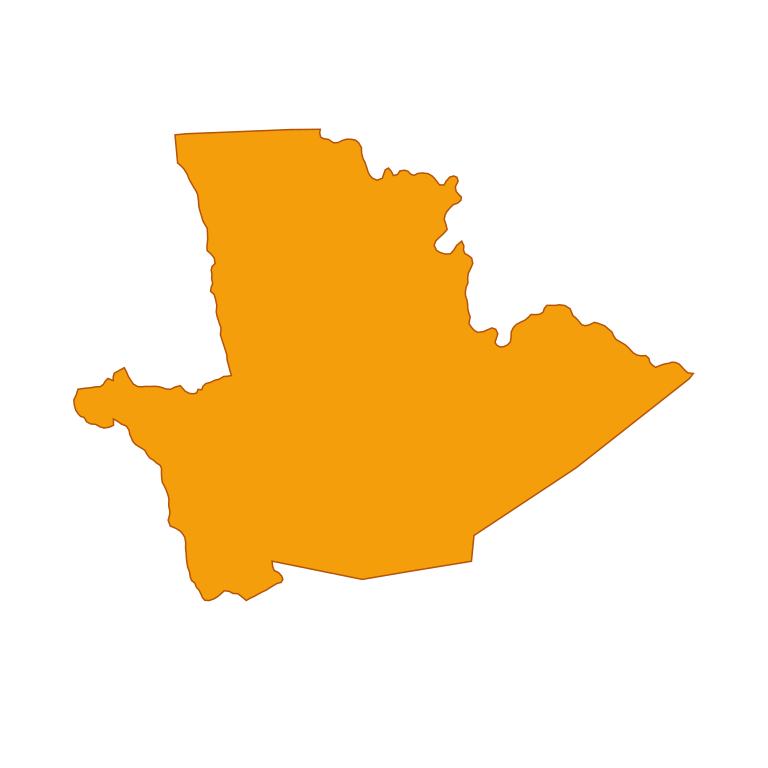 outline of Itaeté, Bahia, Brazil, rotated 9°
{"feature_id": "56859067B39579225322319", "entity_name": "Itaeté", "entity_type": "district", "adm_level": 2, "iso_a3": "BRA", "parent_name": "Brazil", "parent_adm1": "Bahia", "projection": "orthographic", "projection_center": [-41.071, -13.094], "detail": "fine", "context": "isolated", "style": "filled", "palette": "amber", "viewbox_px": 768, "rotation_deg": 9, "n_neighbors": 0, "source": "geoboundaries", "source_scale": "gbopen_adm2", "svg_char_len": 4225}
<svg xmlns="http://www.w3.org/2000/svg" viewBox="0 0 768 768"><g transform="rotate(9 384 384)"><path d="M115.9,415.5L115.4,419.0L116.0,423.0L110.4,421.7L108.4,424.5L106.9,428.2L104.1,431.1L99.6,431.9L94.4,433.7L89.3,435.0L82.6,437.0L81.6,443.5L80.1,448.2L81.4,453.2L83.6,458.0L86.6,461.3L89.3,463.4L93.1,464.0L96.3,467.9L100.2,469.3L105.8,469.0L110.0,470.7L114.3,471.3L119.3,469.7L123.3,467.1L122.2,460.8L126.6,462.5L131.0,464.7L136.1,465.8L139.3,469.4L140.8,473.5L142.9,476.8L144.6,479.6L147.4,482.2L151.0,483.9L154.2,485.2L158.0,486.8L161.1,490.7L164.1,493.6L168.4,495.4L171.9,497.7L175.7,499.4L177.5,502.3L178.1,506.8L179.0,511.0L180.3,515.6L184.2,520.8L186.8,525.1L188.5,528.4L189.7,531.9L190.4,537.9L192.5,543.5L192.7,547.1L192.1,552.3L195.2,557.8L200.5,559.0L205.4,561.0L208.0,563.0L211.2,566.5L213.0,571.9L213.7,577.4L215.0,581.8L215.9,586.1L217.1,590.7L218.7,595.4L221.3,600.1L222.9,605.1L224.7,608.2L228.1,610.1L230.6,614.1L233.7,616.7L236.0,620.0L238.2,623.4L240.7,625.6L245.1,625.3L249.7,622.8L252.3,620.6L255.1,617.6L258.6,613.2L263.5,613.0L267.6,614.5L272.5,614.0L277.5,616.7L281.8,619.4L285.2,616.6L289.4,613.8L292.2,611.5L295.9,608.7L299.9,606.0L305.0,601.5L309.6,597.7L313.4,596.1L314.7,592.7L312.7,589.4L309.4,586.8L304.8,585.4L302.5,581.6L301.2,576.5L393.1,580.4L441.1,564.2L498.1,545.4L496.6,519.5L586.9,436.7L684.8,330.9L687.9,325.2L682.5,325.5L678.8,323.2L676.0,320.9L672.5,318.2L668.4,317.1L665.0,317.4L661.8,319.1L657.8,320.4L653.8,322.5L649.7,325.1L646.0,323.3L643.3,321.1L641.5,317.2L638.1,315.0L634.2,315.9L629.5,315.9L625.0,314.1L620.1,310.1L616.2,307.6L612.4,306.1L609.1,304.8L605.9,303.5L603.2,300.4L600.9,296.9L597.6,294.9L592.8,292.0L586.1,290.6L582.2,290.2L577.2,293.7L573.2,295.0L569.9,294.5L565.7,290.7L562.9,288.6L559.9,286.9L556.1,280.6L550.4,278.2L544.9,278.3L540.7,279.6L537.1,280.1L532.6,280.8L530.6,284.1L529.9,288.0L527.1,290.7L522.7,291.8L518.4,292.3L515.8,296.0L513.1,299.0L509.2,301.6L505.4,304.5L503.0,307.9L501.5,312.6L502.2,318.2L502.2,322.6L500.0,325.9L496.4,328.4L493.0,329.3L489.4,328.1L487.1,325.5L487.8,321.5L488.5,316.5L485.8,312.5L481.8,311.7L478.6,313.8L473.8,316.8L468.9,318.3L465.5,317.3L462.5,315.2L458.5,311.2L458.6,304.2L456.1,299.6L454.9,296.1L454.0,291.7L452.9,288.3L450.7,284.2L449.9,280.0L450.0,275.3L451.1,271.1L450.0,265.6L450.0,261.3L451.7,255.6L452.8,251.0L450.9,245.9L446.7,243.6L443.5,242.5L441.6,239.5L441.3,235.1L438.4,230.7L434.1,235.7L432.1,240.6L429.2,245.1L423.6,246.1L418.1,245.1L415.0,243.8L411.8,239.2L412.8,234.6L414.8,231.8L419.5,225.9L422.2,221.5L420.5,217.4L417.7,211.9L417.9,207.6L418.9,204.4L421.5,199.9L424.4,196.0L428.3,193.9L431.2,190.6L431.1,187.1L428.1,185.1L425.1,182.5L423.6,178.1L425.5,172.2L423.8,168.5L420.4,167.6L416.6,169.3L413.6,174.0L412.2,178.1L407.6,178.6L404.6,175.7L401.9,173.2L398.8,170.9L394.4,169.3L388.6,169.6L384.1,170.9L381.0,173.3L377.6,172.6L374.5,170.2L370.9,169.6L366.3,171.1L364.7,174.9L360.7,176.7L358.2,173.1L354.6,170.0L351.7,172.4L351.0,176.1L350.1,181.1L345.2,183.8L340.4,182.5L337.3,180.1L335.2,177.3L333.2,173.1L330.5,168.0L328.0,164.6L325.8,159.6L324.7,153.9L321.3,149.8L317.9,147.6L313.4,147.4L308.6,148.1L304.7,150.0L301.2,152.6L296.5,153.7L290.9,151.1L285.9,151.1L282.8,150.1L281.2,146.0L281.2,142.4L251.5,147.4L149.9,167.7L138.6,170.6L145.6,198.1L148.8,199.9L152.7,202.9L156.8,207.5L158.9,211.2L161.1,214.3L164.6,218.6L168.5,223.2L170.5,226.5L172.1,232.1L173.3,237.5L175.0,241.6L177.1,245.8L179.6,251.2L182.0,254.3L185.0,257.7L186.1,262.8L187.2,268.5L187.6,275.7L188.4,279.9L192.6,282.5L196.6,286.1L198.3,291.4L195.8,294.8L195.5,298.6L196.9,302.3L197.3,306.9L199.1,311.7L198.2,315.2L198.2,319.6L202.3,322.2L204.5,327.0L206.6,332.6L207.0,339.0L208.6,343.4L210.2,346.4L211.9,349.9L214.2,353.9L214.6,357.3L214.6,360.8L224.3,379.9L225.2,384.6L227.7,390.2L229.5,394.4L232.0,399.5L228.3,400.8L224.5,401.6L220.4,405.1L216.2,406.8L212.6,409.4L207.9,411.5L205.6,414.5L204.9,418.2L201.2,418.4L200.3,422.2L197.1,423.5L193.2,423.7L188.7,422.2L183.0,417.5L177.9,419.8L174.1,422.6L169.3,423.0L164.3,422.1L160.7,421.9L156.9,422.3L153.7,423.0L149.1,423.6L145.4,424.6L141.1,425.1L136.3,423.2L132.8,419.3L130.1,416.2L127.9,412.5L124.9,408.5L115.9,415.5Z" fill="#f59e0b" stroke="#b45309" stroke-width="1.5"/></g></svg>